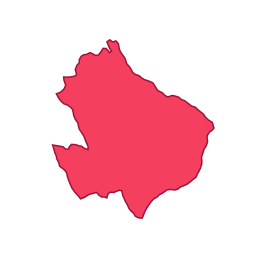 Guzolândia, São Paulo, Brazil, rotated 334°
{"feature_id": "56859067B96144512479549", "entity_name": "Guzolândia", "entity_type": "district", "adm_level": 2, "iso_a3": "BRA", "parent_name": "Brazil", "parent_adm1": "São Paulo", "projection": "mercator", "projection_center": [-50.72, -20.622], "detail": "fine", "context": "isolated", "style": "filled", "palette": "rose", "viewbox_px": 256, "rotation_deg": 334, "n_neighbors": 0, "source": "geoboundaries", "source_scale": "gbopen_adm2", "svg_char_len": 2123}
<svg xmlns="http://www.w3.org/2000/svg" viewBox="0 0 256 256"><g transform="rotate(334 128 128)"><path d="M155.3,44.4L152.0,44.0L150.3,40.8L146.8,41.3L146.5,46.0L146.4,48.7L146.8,51.7L144.3,52.1L144.0,49.4L143.0,46.8L140.5,45.5L136.9,47.7L133.3,49.5L130.4,48.3L128.8,45.8L126.8,43.6L123.2,43.7L120.4,42.8L117.5,43.0L114.4,45.0L112.7,48.1L109.5,49.3L106.2,52.4L105.3,57.5L102.7,58.0L99.2,57.1L95.8,55.7L92.5,54.0L91.4,56.9L90.8,62.2L87.6,64.9L84.7,65.8L82.1,66.3L78.7,65.8L78.7,70.1L79.4,74.0L80.9,78.0L83.7,80.8L85.2,83.6L86.3,86.8L85.6,90.0L84.7,92.8L84.5,97.2L85.2,101.9L84.3,104.4L83.7,107.6L84.3,111.9L84.8,116.1L84.3,120.5L84.1,123.6L84.1,126.8L82.7,129.8L80.1,127.6L78.2,124.0L76.1,122.5L73.7,120.0L69.9,117.9L67.2,119.1L65.1,120.8L62.7,119.7L61.3,116.3L52.8,110.2L52.2,114.1L51.4,118.2L51.3,121.4L50.5,124.3L50.5,129.2L49.8,132.5L51.1,134.9L52.6,138.1L53.2,141.6L52.3,144.9L51.7,149.1L51.4,153.4L51.3,157.4L52.1,162.3L53.5,166.8L54.3,170.9L58.8,171.3L62.5,170.7L65.5,170.9L68.2,171.5L71.6,172.2L72.3,175.4L74.0,178.4L76.6,179.7L78.3,181.6L81.5,178.2L84.3,178.1L87.0,179.7L92.5,180.0L94.9,181.6L93.6,186.8L93.7,189.4L93.4,192.4L93.8,196.6L93.6,200.6L94.2,203.5L95.7,207.3L95.9,210.5L98.6,213.8L101.4,215.2L104.4,212.4L106.8,210.2L109.7,208.2L112.8,206.4L116.5,204.4L119.6,203.1L123.8,202.8L127.1,201.7L130.4,201.7L133.9,201.1L136.4,200.7L140.2,202.4L143.0,204.3L145.9,204.8L149.0,204.0L152.9,204.3L156.6,204.4L159.8,203.8L163.5,202.8L167.5,202.1L170.6,199.4L172.8,198.0L175.3,196.0L178.3,192.9L180.0,189.9L181.2,186.5L185.3,182.3L187.7,179.8L190.1,178.6L191.9,177.0L193.8,174.7L194.8,171.1L196.6,169.0L199.8,167.3L202.9,166.8L205.2,165.7L206.2,160.0L203.7,155.9L202.4,152.3L201.8,148.4L200.2,145.1L198.7,142.0L197.7,138.9L194.9,136.3L192.5,131.6L190.8,128.2L188.5,125.9L187.1,122.5L184.2,119.8L181.9,118.1L177.4,117.6L175.4,114.8L174.3,111.4L171.0,107.1L170.7,102.7L170.0,98.2L167.9,95.6L163.9,91.6L162.2,89.0L161.0,86.0L158.2,83.2L156.6,80.2L156.5,76.6L156.2,73.7L155.0,69.5L155.7,65.6L155.7,62.8L155.0,59.1L154.6,55.7L155.0,52.4L156.3,48.1L155.3,44.4Z" fill="#f43f5e" stroke="#9f1239" stroke-width="1.5"/></g></svg>